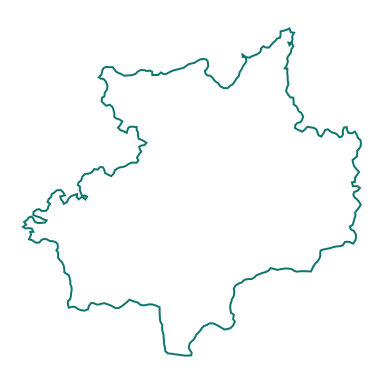 outline of Andrelândia, Minas Gerais, Brazil
{"feature_id": "56859067B65211314111739", "entity_name": "Andrelândia", "entity_type": "district", "adm_level": 2, "iso_a3": "BRA", "parent_name": "Brazil", "parent_adm1": "Minas Gerais", "projection": "orthographic", "projection_center": [-44.286, -21.735], "detail": "fine", "context": "isolated", "style": "outline", "palette": "teal", "viewbox_px": 384, "rotation_deg": 0, "n_neighbors": 0, "source": "geoboundaries", "source_scale": "gbopen_adm2", "svg_char_len": 5828}
<svg xmlns="http://www.w3.org/2000/svg" viewBox="0 0 384 384"><path d="M291.5,42.7L292.5,39.5L292.2,36.1L294.1,32.8L290.7,32.2L289.5,28.4L286.3,29.9L283.2,30.8L280.6,31.4L280.6,34.4L280.1,37.6L276.9,38.7L275.0,41.3L273.1,42.7L271.4,44.7L269.1,47.5L265.7,47.5L263.4,46.2L261.2,48.2L260.4,51.9L257.4,54.1L254.3,55.4L252.0,56.2L249.5,57.7L245.9,57.1L246.3,61.5L244.6,64.2L243.0,66.1L241.9,68.8L239.7,72.1L238.8,76.1L236.7,78.3L234.9,81.2L232.8,84.2L230.0,85.9L227.7,88.1L223.7,88.1L220.4,86.3L217.9,83.0L215.7,81.7L214.1,80.1L212.7,77.9L210.4,75.8L207.5,75.5L205.6,73.8L204.9,70.9L206.9,68.9L208.3,65.9L207.7,61.2L206.0,59.3L203.2,59.0L200.1,59.4L197.2,61.0L194.3,62.9L188.8,64.1L185.6,66.3L183.7,67.8L180.8,68.5L176.4,69.7L173.8,70.3L171.2,71.3L168.7,72.6L166.6,73.7L164.1,74.3L161.0,72.5L158.0,75.0L155.1,75.0L152.3,75.0L152.2,71.9L149.8,70.5L146.8,71.2L144.3,70.1L140.4,70.1L137.9,71.5L135.6,73.8L132.3,75.1L129.5,75.3L127.0,75.5L124.0,75.7L120.8,73.8L118.2,72.9L115.9,71.4L114.3,69.3L112.7,67.1L109.3,67.2L106.1,66.9L104.0,67.9L102.4,70.0L101.9,72.8L101.0,75.2L98.8,77.3L100.9,78.7L103.5,78.9L105.8,81.6L107.5,85.7L107.0,89.5L104.7,92.9L104.4,96.5L102.2,97.5L101.6,101.2L103.5,103.3L106.2,105.8L109.8,104.7L112.5,107.0L113.5,110.0L114.4,113.6L114.3,116.9L116.1,118.4L119.4,119.4L122.3,121.3L120.1,125.2L118.0,127.6L120.2,130.0L123.6,131.3L126.8,132.8L127.4,130.3L128.5,127.5L131.2,126.6L133.6,126.8L136.7,127.1L136.7,130.3L138.0,132.3L137.9,135.3L138.6,138.7L140.8,139.5L143.4,140.8L146.4,142.8L144.6,145.1L141.5,145.5L139.2,146.6L139.8,149.3L141.2,151.6L138.8,154.7L137.0,157.6L138.4,160.5L136.9,162.6L134.4,162.7L131.3,162.7L128.4,164.2L125.3,166.2L122.5,167.0L119.4,167.5L117.0,168.8L114.9,170.1L113.9,173.4L111.2,176.1L107.9,174.6L105.0,172.9L104.1,169.4L102.9,167.3L100.3,167.0L97.7,169.6L94.2,169.1L92.5,171.5L90.3,173.2L87.9,173.7L84.8,174.0L82.3,176.7L81.2,180.5L78.5,182.5L77.8,185.0L80.0,186.7L79.8,189.6L80.7,192.6L82.4,196.6L78.7,199.3L76.7,197.2L77.2,194.1L74.2,195.0L70.8,196.4L68.5,198.8L66.9,202.1L63.8,203.9L62.7,201.4L61.1,199.4L60.3,196.4L64.8,195.3L63.3,192.5L60.8,190.0L56.6,190.4L54.3,192.6L51.6,194.1L51.2,196.8L48.7,199.0L47.5,202.0L50.1,203.9L48.4,206.2L47.8,208.9L45.9,210.9L41.8,211.0L39.4,209.2L36.9,209.5L33.5,211.9L33.3,214.8L36.0,216.2L40.4,217.5L43.3,219.3L46.6,220.3L45.0,222.5L40.4,223.0L37.5,222.9L34.9,221.7L33.3,218.6L31.7,216.6L28.9,217.4L26.6,220.3L24.1,221.9L26.2,224.7L23.0,226.9L25.6,228.5L28.6,228.1L31.7,228.5L33.4,231.8L30.3,232.0L31.1,234.7L28.9,239.3L31.7,240.0L34.1,241.6L36.5,242.8L39.4,242.5L41.5,239.9L44.5,238.8L47.4,239.6L49.8,241.0L52.6,241.2L55.4,241.9L57.6,244.2L57.9,248.0L56.4,250.4L58.0,252.3L58.2,254.8L58.0,257.4L59.6,259.9L62.1,262.4L63.8,266.0L64.3,269.5L64.3,272.2L66.1,273.6L68.7,275.1L69.7,278.2L70.3,281.0L70.3,284.0L71.4,286.7L71.7,289.9L71.1,293.2L70.8,296.6L70.0,299.4L68.0,301.2L67.8,303.9L68.8,307.7L72.0,306.8L75.0,306.9L77.7,308.9L80.7,310.1L84.4,310.7L88.0,309.3L88.9,305.9L91.2,303.0L93.9,303.2L96.2,304.4L98.6,304.6L101.4,303.7L104.4,303.2L106.9,304.1L109.5,304.9L112.4,306.3L115.8,308.2L119.1,307.8L121.4,306.5L123.9,304.6L126.8,302.2L129.5,299.7L132.9,301.1L137.5,302.4L140.5,304.9L143.7,305.4L146.5,304.9L148.7,304.4L152.0,304.4L155.3,305.3L159.6,307.3L159.6,310.7L159.7,313.9L159.9,317.2L160.0,320.0L160.7,322.3L162.3,325.0L162.1,328.6L162.6,331.7L163.6,334.9L163.6,337.6L163.9,340.1L163.9,343.1L164.8,347.0L165.4,351.3L168.0,353.4L171.4,353.7L174.2,354.2L177.8,354.6L181.8,355.2L184.8,355.6L188.0,355.6L191.3,355.3L191.6,352.4L189.6,349.8L188.8,347.2L189.7,343.5L191.5,341.5L193.5,339.8L195.1,337.3L196.4,334.6L198.4,332.7L200.2,330.7L201.9,328.0L204.0,326.0L206.8,325.1L209.7,323.3L213.2,323.3L216.0,324.6L219.1,326.3L221.9,328.1L224.5,329.5L227.0,329.1L230.3,328.2L232.9,325.8L234.9,321.8L233.1,319.2L233.8,314.7L231.0,312.8L230.2,308.2L230.4,304.4L231.3,302.0L231.9,299.3L233.8,295.9L234.3,291.6L233.8,288.5L235.4,285.7L238.9,283.4L242.0,282.4L243.5,280.6L245.6,279.4L248.4,279.1L251.7,279.0L254.4,277.5L256.2,275.4L258.7,274.4L262.0,273.1L265.7,272.1L268.9,270.2L270.6,268.1L273.3,268.7L277.4,269.9L281.6,269.0L285.1,268.5L287.7,268.5L291.7,269.1L294.5,271.0L297.1,271.7L300.4,271.2L304.5,271.2L307.8,271.3L311.0,271.5L312.1,269.1L313.2,266.6L315.2,263.6L317.8,261.1L319.5,258.3L320.3,255.8L320.2,252.9L320.7,250.4L322.9,249.6L326.4,248.9L329.8,248.2L332.1,247.5L335.4,246.6L340.1,246.1L342.8,245.4L344.9,242.0L347.6,241.7L349.9,242.1L353.2,243.7L355.4,240.1L356.0,237.6L355.8,234.1L353.8,230.9L350.8,229.3L349.8,226.5L352.6,225.0L353.5,222.3L354.4,218.7L355.5,215.8L355.1,212.5L357.1,210.0L359.6,206.7L360.7,204.6L358.9,201.5L356.7,199.0L354.4,197.3L353.3,194.8L354.1,192.1L357.8,190.6L359.9,187.8L357.2,186.1L352.9,186.2L352.0,182.3L354.8,182.1L355.2,177.6L357.2,174.7L359.1,171.9L356.5,169.1L354.3,166.5L353.1,163.2L352.6,160.0L354.9,158.1L357.0,156.5L357.2,153.3L357.2,150.8L358.8,149.1L360.5,146.6L361.0,143.4L360.4,139.9L357.9,138.0L356.7,134.7L354.9,131.6L352.0,133.3L348.3,132.8L347.2,130.2L346.7,127.1L344.0,127.6L342.7,131.0L343.0,134.3L341.8,136.5L339.4,137.3L337.4,134.8L335.2,133.2L332.9,132.8L330.2,131.2L327.8,129.3L325.2,129.9L323.7,132.9L321.3,136.6L318.6,135.3L317.6,132.7L316.5,129.5L313.7,127.8L310.0,127.3L307.4,126.7L304.7,129.7L302.0,131.7L299.5,130.4L297.2,129.5L295.0,128.0L295.4,124.9L297.6,122.9L300.5,122.2L302.0,120.0L303.2,116.6L301.2,112.8L298.7,111.3L297.8,108.8L296.3,106.2L293.6,104.4L293.6,101.3L293.3,97.7L290.4,97.4L288.2,94.7L286.0,91.0L287.1,87.3L288.4,84.1L287.7,80.4L287.7,77.0L287.2,73.3L287.4,68.6L284.8,68.4L286.5,65.8L287.9,61.7L287.1,58.1L288.9,55.2L290.8,52.7L291.4,49.2L293.4,46.2L291.5,42.7ZM82.4,196.6L84.4,195.4L87.1,196.7L85.2,199.4L82.4,196.6ZM291.5,42.7L289.5,45.2L288.4,42.7L291.5,42.7ZM245.9,57.1L242.5,54.5L242.6,56.9L245.9,57.1Z" fill="none" stroke="#0f766e" stroke-width="2"/></svg>